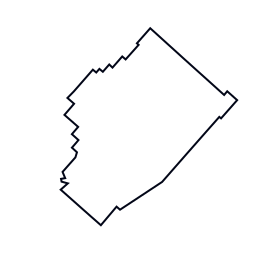 the district of Madison, Arkansas, United States of America, rotated 220°
{"feature_id": "52423323B84636308996882", "entity_name": "Madison", "entity_type": "district", "adm_level": 2, "iso_a3": "USA", "parent_name": "United States of America", "parent_adm1": "Arkansas", "projection": "equal_earth", "projection_center": [-93.669, 36.034], "detail": "fine", "context": "isolated", "style": "outline", "palette": "ink", "viewbox_px": 256, "rotation_deg": 220, "n_neighbors": 0, "source": "geoboundaries", "source_scale": "gbopen_adm2", "svg_char_len": 649}
<svg xmlns="http://www.w3.org/2000/svg" viewBox="0 0 256 256"><g transform="rotate(220 128 128)"><path d="M81.6,60.3L67.2,108.6L66.8,127.8L66.4,146.5L65.7,175.8L65.2,195.2L62.9,195.2L62.3,219.5L75.6,219.9L75.6,215.1L130.2,217.0L175.1,218.7L175.6,198.6L173.3,198.5L173.9,179.0L178.4,179.1L178.7,164.3L183.2,164.6L183.4,154.9L187.9,154.9L188.0,150.1L192.4,150.1L193.0,121.2L193.7,112.1L184.9,111.9L185.1,97.2L166.9,96.8L167.0,87.2L158.2,86.9L158.2,83.4L158.3,76.9L151.5,76.6L149.4,71.7L149.9,52.3L143.9,49.2L146.6,46.0L144.4,44.2L138.5,46.9L139.9,37.5L99.9,36.4L86.3,36.1L86.2,60.4L81.6,60.3Z" fill="none" stroke="#020617" stroke-width="2"/></g></svg>